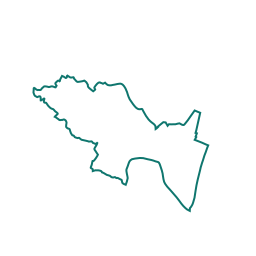 Ba Don, Quảng Bình, Vietnam, rotated 37°
{"feature_id": "81297802B46228878369339", "entity_name": "Ba Don", "entity_type": "district", "adm_level": 2, "iso_a3": "VNM", "parent_name": "Vietnam", "parent_adm1": "Quảng Bình", "projection": "natural_earth1", "projection_center": [106.332, 17.736], "detail": "fine", "context": "isolated", "style": "outline", "palette": "teal", "viewbox_px": 256, "rotation_deg": 37, "n_neighbors": 0, "source": "geoboundaries", "source_scale": "gbopen_adm2", "svg_char_len": 5051}
<svg xmlns="http://www.w3.org/2000/svg" viewBox="0 0 256 256"><g transform="rotate(37 128 128)"><path d="M202.5,93.6L199.9,94.3L195.9,95.2L191.6,96.4L188.4,97.3L188.0,94.2L187.2,94.2L186.2,90.8L184.9,91.3L183.9,88.7L176.5,72.4L174.3,73.0L170.7,73.9L170.9,80.7L171.1,85.9L171.0,89.5L170.9,91.5L170.6,92.1L170.1,92.5L169.1,92.9L166.3,93.3L165.1,94.6L163.6,96.5L160.1,99.2L158.4,100.4L158.3,102.4L154.7,100.9L152.7,102.1L151.9,105.3L151.0,109.1L151.4,109.2L151.2,110.4L151.0,111.3L150.7,112.2L149.6,110.9L148.7,110.0L148.1,109.7L147.4,109.5L146.1,109.3L143.6,109.3L141.7,109.2L139.2,108.8L136.7,108.0L135.3,107.6L131.8,106.1L129.1,104.9L128.2,104.4L127.8,104.4L127.4,104.6L127.0,105.0L126.3,105.8L125.4,106.4L124.4,106.8L123.4,106.9L122.0,106.9L119.9,106.5L117.6,105.9L114.9,105.0L112.2,104.1L109.6,102.7L107.4,101.2L105.5,99.8L104.2,99.1L102.7,98.2L102.1,97.9L100.6,97.3L99.4,96.9L97.7,96.6L96.4,96.7L95.4,97.1L95.2,97.2L94.4,97.9L93.1,99.2L91.4,101.2L89.8,102.9L88.9,104.0L87.5,105.1L86.1,105.8L85.0,105.9L83.6,105.8L82.4,105.6L81.4,107.7L80.4,107.9L79.7,108.1L78.7,108.5L78.1,108.5L77.8,108.8L77.2,109.5L76.9,110.5L76.7,111.6L76.6,113.7L76.7,115.4L76.7,115.8L76.9,116.1L77.5,116.5L78.3,116.8L78.6,117.0L78.6,117.6L78.3,118.9L78.1,119.6L76.0,119.6L73.7,119.5L72.5,119.4L71.4,119.1L70.9,118.8L70.3,118.2L70.0,117.7L68.4,117.0L67.1,116.5L66.0,116.5L65.0,116.4L64.5,116.5L64.2,117.0L63.5,118.0L62.0,119.6L60.4,121.2L59.8,121.6L59.2,121.7L58.0,121.6L56.8,121.3L55.6,121.1L55.1,121.0L54.4,120.4L54.0,120.3L53.7,120.4L53.2,121.0L52.5,121.7L52.0,122.1L51.3,122.4L49.7,122.5L48.4,122.6L48.1,122.6L48.0,122.9L48.0,123.2L48.3,123.6L48.6,124.2L48.6,124.6L48.5,125.1L48.4,125.3L48.2,125.5L47.1,125.6L45.7,125.7L44.9,125.9L44.0,126.1L44.3,128.0L44.6,130.0L44.9,130.6L45.2,131.3L45.3,131.6L45.2,131.9L44.9,131.9L44.5,131.6L44.1,131.9L43.5,132.5L43.2,134.1L43.0,135.4L43.1,136.0L43.8,136.6L44.6,137.0L45.2,137.1L45.5,137.2L45.6,137.8L45.7,138.7L45.7,139.1L45.3,139.4L44.4,139.6L42.5,140.3L41.7,140.9L40.6,142.5L39.9,143.1L39.0,143.4L37.8,144.0L36.6,144.7L36.0,145.3L35.7,146.6L35.4,148.1L35.4,149.0L35.4,149.8L35.3,150.2L34.8,150.7L33.7,151.4L33.1,152.0L32.4,152.3L31.4,152.5L30.1,152.3L28.9,152.5L28.8,152.9L28.9,153.2L29.8,154.4L30.6,155.7L31.2,156.6L32.1,157.2L33.2,157.9L34.3,158.3L35.2,158.2L36.0,158.1L36.8,158.0L37.0,157.9L37.3,157.4L37.7,156.5L38.3,155.9L38.9,155.7L39.6,156.0L40.3,156.7L40.9,157.5L41.4,158.2L41.7,158.5L41.9,158.4L42.4,157.1L42.8,156.2L43.0,155.5L43.2,155.0L43.3,155.0L43.6,155.0L43.9,155.5L44.5,157.0L44.8,157.4L45.1,157.7L45.5,157.9L45.8,158.0L46.2,157.9L46.8,157.5L47.3,157.2L47.7,157.2L48.7,157.6L49.4,157.7L49.6,157.8L49.9,158.0L50.5,158.2L52.2,158.5L53.1,158.6L54.2,158.7L55.4,158.5L56.9,158.0L57.4,158.0L58.4,158.2L59.6,158.5L60.8,158.5L61.8,158.5L62.7,158.6L63.1,158.7L63.3,159.1L63.4,159.4L63.2,160.3L62.9,161.6L62.8,162.4L62.8,163.1L63.6,162.9L65.0,162.9L66.1,162.9L67.1,162.8L67.9,162.9L68.4,162.9L69.1,162.5L69.9,161.7L70.6,161.2L71.4,160.0L72.0,159.6L72.6,159.5L73.6,159.5L74.4,159.8L75.5,160.5L76.1,161.4L76.7,162.6L77.5,163.8L77.8,164.2L78.3,164.5L79.2,164.6L80.1,164.6L81.1,164.2L81.8,164.1L82.3,164.2L83.3,165.0L85.4,166.4L86.4,166.8L87.2,167.1L87.9,167.3L88.3,167.2L88.7,166.9L89.3,166.8L90.1,167.0L91.0,167.3L91.9,167.1L93.8,166.4L94.4,165.7L94.9,165.3L95.8,165.3L97.1,165.4L98.1,165.3L99.8,164.5L101.8,163.6L103.9,162.7L104.9,162.4L105.5,161.9L106.3,161.2L106.7,160.8L107.0,160.6L107.5,160.6L108.0,160.7L108.6,160.9L109.0,161.0L109.6,160.8L111.2,160.4L111.7,160.1L112.0,159.6L112.2,159.0L112.3,158.5L112.5,158.5L112.7,158.9L113.1,160.6L113.3,162.6L113.5,164.3L113.7,164.9L114.2,165.3L114.8,165.6L115.8,165.9L117.7,166.6L120.0,167.4L120.3,168.9L120.5,171.5L120.5,173.2L120.4,174.7L120.2,175.2L120.1,175.4L119.6,175.7L120.0,176.8L120.8,178.4L121.2,179.3L121.5,180.3L121.8,181.4L122.0,181.9L122.2,182.2L122.7,182.3L123.4,182.2L124.1,182.1L124.7,182.2L125.0,182.5L125.4,183.1L125.8,183.6L127.4,181.4L128.3,180.8L129.7,179.7L131.1,179.0L132.3,178.6L133.3,178.7L133.9,179.1L135.4,178.6L138.3,178.3L139.3,178.2L140.8,177.6L142.2,177.1L143.2,177.1L144.2,177.2L145.2,176.9L146.2,176.2L147.0,175.2L147.5,175.0L148.7,175.0L149.1,174.8L149.5,174.3L150.2,174.0L152.2,173.7L153.6,173.4L154.0,173.3L154.7,173.7L155.8,174.7L156.5,175.2L157.3,175.3L158.5,175.2L159.3,175.0L160.2,174.6L160.3,174.6L159.3,171.4L157.9,168.2L156.9,167.2L154.5,165.1L152.5,163.2L151.7,162.0L150.7,158.5L149.7,155.5L149.3,153.8L149.4,152.2L150.0,150.5L152.0,148.2L155.5,144.8L158.3,142.9L162.5,141.1L165.9,139.5L168.0,138.7L170.0,138.1L172.0,137.3L172.9,137.0L173.8,137.2L175.1,137.8L176.6,138.8L180.5,141.5L183.0,143.5L184.6,145.1L187.1,147.5L189.2,149.2L191.2,150.2L194.1,151.1L194.9,151.3L199.1,152.1L208.5,154.1L212.5,155.2L216.1,156.3L219.1,157.0L222.0,157.4L224.1,157.5L226.1,157.2L227.2,157.0L225.7,154.8L225.8,153.1L225.6,151.1L225.5,150.4L224.9,148.4L223.1,143.7L219.7,137.4L217.1,132.4L214.8,127.4L210.9,118.2L209.8,115.8L208.1,111.2L207.3,108.7L205.6,104.0L204.6,100.5L203.3,96.5L202.5,93.6Z" fill="none" stroke="#0f766e" stroke-width="2"/></g></svg>